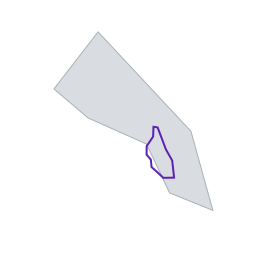 Seychelles, with Anse Boileau highlighted, rotated 346°
{"feature_id": "SYC-5199", "entity_name": "Anse Boileau", "entity_type": "state/province", "adm_level": 1, "iso_a3": "SYC", "parent_name": "Seychelles", "parent_adm1": "", "projection": "robinson", "projection_center": [55.492, -4.708], "detail": "fine", "context": "in_parent", "style": "outline", "palette": "violet", "viewbox_px": 256, "rotation_deg": 346, "n_neighbors": 0, "source": "natural_earth", "source_scale": "10m", "svg_char_len": 476}
<svg xmlns="http://www.w3.org/2000/svg" viewBox="0 0 256 256"><g transform="rotate(346 128 128)"><path d="M188.3,146.5L190.4,228.5L152.7,201.1L142.1,148.1L91.7,108.6L65.6,72.2L122.2,27.5L188.3,146.5Z" fill="#d9dde1" stroke="#a8b0b8" stroke-width="1"/><path d="M150.2,184.9L145.1,177.0L141.4,171.6L142.5,164.2L139.6,158.4L141.7,150.2L150.3,142.4L153.0,133.0L156.9,134.6L159.6,157.9L163.0,170.3L160.7,187.3L150.2,184.9Z" fill="none" stroke="#5b21b6" stroke-width="2"/></g></svg>